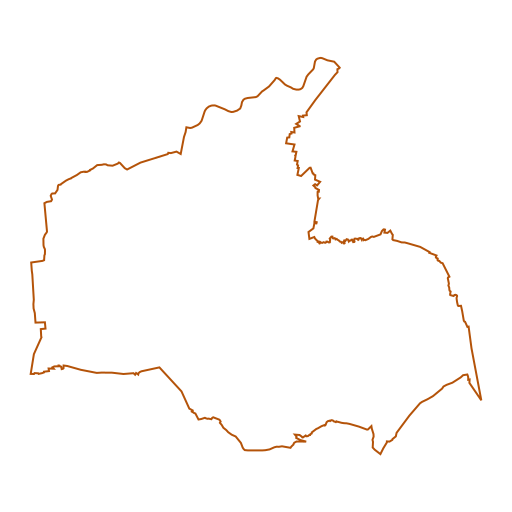 the district of Tanhuato, Michoacán, Mexico
{"feature_id": "50627088B17756192090146", "entity_name": "Tanhuato", "entity_type": "district", "adm_level": 2, "iso_a3": "MEX", "parent_name": "Mexico", "parent_adm1": "Michoacán", "projection": "orthographic", "projection_center": [-102.336, 20.272], "detail": "fine", "context": "isolated", "style": "outline", "palette": "amber", "viewbox_px": 512, "rotation_deg": 0, "n_neighbors": 0, "source": "geoboundaries", "source_scale": "gbopen_adm2", "svg_char_len": 6007}
<svg xmlns="http://www.w3.org/2000/svg" viewBox="0 0 512 512"><path d="M233.1,111.9L231.3,112.0L228.3,111.1L224.8,109.3L215.6,105.6L214.4,105.4L212.1,105.5L211.1,105.7L208.8,106.6L206.6,108.4L205.2,110.3L204.6,111.6L201.9,119.9L201.4,121.1L199.6,123.5L197.7,125.0L191.9,127.7L190.1,128.0L186.4,127.3L185.6,132.1L184.0,136.9L180.7,154.0L176.5,151.6L170.9,153.1L168.3,152.8L168.1,153.7L167.4,154.2L140.5,162.6L127.1,169.5L124.8,168.2L120.0,163.0L118.9,162.5L117.8,163.6L112.6,165.7L107.7,165.3L106.0,164.4L103.9,164.3L101.8,164.8L97.2,165.1L92.8,168.6L90.0,169.9L90.1,170.4L87.0,171.9L85.4,172.0L85.4,171.7L83.8,171.7L80.7,172.3L76.9,175.0L71.3,178.0L71.2,178.3L68.7,179.2L66.0,180.6L61.0,184.1L60.7,184.6L58.6,184.9L58.0,185.9L57.5,189.9L55.1,193.4L52.2,193.5L51.5,194.1L50.7,195.8L52.0,199.6L51.1,201.2L46.9,201.9L44.4,203.2L47.0,231.5L46.7,232.4L44.9,234.8L43.4,238.7L43.5,245.1L43.8,246.8L44.9,249.2L45.0,251.1L44.9,254.2L44.4,255.4L44.1,260.2L42.4,260.9L31.2,262.5L31.8,270.8L32.3,274.4L33.8,299.8L33.4,304.1L33.6,308.5L34.8,313.1L35.5,322.6L44.9,322.3L45.5,328.6L40.8,329.1L41.2,336.5L41.5,337.2L33.9,354.1L30.7,373.9L34.0,374.0L34.5,373.1L38.2,373.3L38.6,373.9L42.2,373.1L44.0,372.4L44.0,371.7L49.0,371.1L48.6,368.5L53.7,368.7L52.5,367.3L54.3,366.4L58.4,366.3L58.5,365.5L59.5,365.6L60.1,366.4L61.2,366.7L61.7,369.1L62.9,368.8L63.5,368.3L63.6,365.5L67.3,366.0L80.8,369.8L96.7,372.9L101.6,372.6L112.1,372.7L123.5,374.0L133.5,373.2L135.1,374.7L136.1,373.0L138.2,374.5L138.4,373.3L139.7,372.1L141.4,371.3L159.4,367.4L181.5,391.4L189.3,408.6L192.6,410.4L191.8,411.6L192.8,412.2L193.2,412.2L193.7,412.8L195.4,413.5L198.5,419.5L201.3,419.0L204.9,417.8L206.1,418.4L207.7,418.8L208.5,418.6L211.4,419.2L212.2,417.9L213.2,417.3L219.2,419.6L219.6,419.9L220.6,421.5L219.9,422.8L221.7,424.9L223.4,427.8L226.3,430.1L228.2,432.2L231.7,434.7L235.7,436.5L240.9,442.9L242.7,447.6L243.7,449.1L244.8,450.1L247.9,450.4L262.3,450.4L265.3,450.2L269.6,449.4L274.3,447.3L276.6,446.7L278.9,446.8L282.0,446.3L290.5,447.8L291.3,446.6L293.5,444.5L293.7,443.6L294.3,442.7L296.6,441.5L306.2,441.6L300.2,440.0L296.2,437.9L296.5,436.6L294.9,434.6L299.6,435.0L302.0,436.8L302.2,437.3L302.8,437.5L305.7,435.5L306.3,436.3L307.9,436.1L309.1,435.1L310.1,435.0L310.3,434.2L311.7,433.5L311.8,432.4L316.4,428.9L317.7,428.4L321.5,426.2L324.3,425.1L324.4,425.5L324.8,425.6L325.6,424.9L326.6,422.2L327.8,421.2L329.9,420.6L330.2,421.0L331.4,420.2L332.7,420.4L334.2,421.6L334.8,421.6L335.8,422.1L336.4,421.4L337.1,421.8L337.5,421.7L341.5,422.8L344.1,423.2L346.5,423.3L349.5,423.9L358.9,426.6L367.0,429.6L367.9,429.5L371.4,426.1L371.8,428.6L373.5,434.1L373.6,436.7L372.5,439.8L373.0,441.9L372.7,447.5L374.7,449.7L380.4,454.1L383.3,448.3L386.9,442.4L386.9,441.4L389.5,441.6L392.3,439.9L392.5,439.1L395.8,436.4L396.6,432.8L409.4,415.6L420.0,403.3L422.0,401.9L427.4,399.3L433.0,396.1L442.1,388.6L443.5,386.5L446.7,384.8L452.4,382.7L460.7,377.4L463.1,375.2L467.3,374.5L468.0,376.3L468.4,378.9L468.2,379.0L468.2,379.8L469.6,379.5L469.4,382.9L481.3,400.3L471.5,348.3L468.6,326.6L467.4,326.9L465.1,321.8L464.4,321.6L463.8,320.7L462.2,311.3L461.0,305.8L458.5,306.0L458.2,305.9L457.8,305.3L457.1,302.2L456.6,298.7L456.6,297.7L457.1,296.1L457.0,295.6L456.4,295.1L455.5,294.8L454.8,295.1L454.4,295.0L453.6,296.0L450.3,295.1L450.1,294.2L450.6,291.5L449.7,290.8L449.4,290.0L449.2,287.5L448.4,285.5L448.9,283.7L447.8,278.2L448.0,277.5L449.4,276.7L442.6,263.2L440.7,262.6L439.3,260.9L438.3,260.8L437.6,260.2L437.5,259.6L437.8,258.9L437.7,258.5L436.4,257.9L435.9,257.5L435.8,256.9L436.5,255.5L429.3,252.8L429.6,252.1L420.2,246.9L407.1,243.1L404.8,242.5L401.6,242.4L397.1,240.9L393.2,240.1L392.4,239.3L392.8,234.9L391.9,233.7L390.3,230.6L387.5,232.9L384.4,232.6L385.0,229.6L383.9,229.3L383.4,229.5L381.9,231.1L380.5,234.4L373.8,236.9L372.2,236.5L370.9,237.0L368.4,238.9L365.4,240.2L364.2,239.8L363.7,240.1L363.1,238.6L361.9,239.0L361.7,239.7L360.8,238.1L360.1,238.0L358.6,238.5L358.6,239.6L358.2,239.9L357.5,239.0L355.4,238.6L354.5,238.7L353.7,240.7L353.8,241.3L354.5,241.4L354.5,241.7L354.2,242.0L353.2,242.1L352.8,240.6L352.1,239.6L351.4,239.7L350.8,240.6L349.5,240.6L348.8,241.5L347.9,239.5L346.6,239.2L345.4,240.9L344.3,240.4L344.0,241.0L344.6,243.2L344.2,243.5L343.6,243.4L343.1,242.2L342.0,242.3L341.6,242.7L340.8,241.7L339.7,241.5L338.8,240.4L337.4,239.7L336.7,238.9L335.5,239.4L335.0,238.3L334.3,238.1L333.2,238.5L332.5,237.9L332.4,236.6L331.4,236.6L329.7,238.6L330.2,239.7L329.8,241.6L330.0,242.0L329.7,242.4L328.6,242.4L327.4,241.6L326.4,241.6L326.2,242.3L325.2,242.8L323.6,242.2L322.2,242.9L321.3,242.7L320.4,242.1L319.8,243.4L319.6,243.5L319.4,243.4L319.7,242.2L319.5,241.8L319.2,241.6L318.2,242.0L317.6,241.9L317.6,240.9L316.7,240.3L315.0,238.5L314.3,237.0L309.4,238.9L308.5,232.0L313.4,228.4L314.4,223.2L316.4,223.4L316.6,222.7L316.7,222.2L314.4,221.7L318.0,200.2L319.2,198.6L318.2,198.7L317.6,195.5L317.6,192.0L317.7,191.6L318.8,191.7L319.0,189.9L315.5,188.1L315.4,187.4L313.4,185.5L315.1,184.2L317.1,185.4L320.1,181.8L315.0,179.6L315.3,175.2L313.7,174.5L313.4,173.5L312.7,173.4L310.6,167.7L309.6,167.8L301.1,176.0L297.4,174.9L298.8,168.0L297.6,168.0L298.1,165.4L297.0,164.6L297.7,161.0L294.7,160.5L295.5,156.6L295.2,155.5L295.7,155.2L296.4,151.8L292.5,151.4L294.5,144.5L286.1,143.3L287.2,137.6L289.3,137.4L289.7,134.1L291.5,133.5L291.3,132.0L294.5,132.5L294.2,127.8L299.7,126.3L299.7,126.1L296.2,123.9L300.0,121.5L298.7,116.1L303.2,117.0L303.0,115.6L306.8,115.2L306.5,112.3L315.5,99.8L335.0,74.8L337.5,72.2L337.4,69.2L339.3,68.3L339.7,67.7L334.2,61.7L327.4,60.3L322.3,58.2L320.9,57.9L319.8,58.0L317.4,58.7L316.2,59.5L315.0,61.5L313.8,68.1L313.2,69.3L308.3,74.4L306.6,76.7L303.3,86.2L302.3,87.9L301.5,88.5L300.4,89.2L298.7,89.6L296.4,89.6L293.1,88.8L290.9,87.4L287.0,85.7L285.0,84.5L280.0,79.7L277.9,78.3L276.3,77.9L275.8,78.2L274.7,80.0L269.0,86.5L263.4,90.6L262.2,91.3L257.5,96.3L255.8,97.1L247.6,98.0L245.0,98.7L244.2,99.2L243.4,99.8L242.0,102.1L241.3,105.6L240.2,108.5L237.1,110.6L233.1,111.9Z" fill="none" stroke="#b45309" stroke-width="2"/></svg>